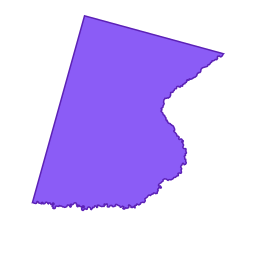 outline of Anelo, Neuquén, Argentina, rotated 285°
{"feature_id": "61730980B32081384015227", "entity_name": "Anelo", "entity_type": "district", "adm_level": 2, "iso_a3": "ARG", "parent_name": "Argentina", "parent_adm1": "Neuquén", "projection": "natural_earth1", "projection_center": [-69.333, -38.186], "detail": "fine", "context": "isolated", "style": "filled", "palette": "violet", "viewbox_px": 256, "rotation_deg": 285, "n_neighbors": 0, "source": "geoboundaries", "source_scale": "gbopen_adm2", "svg_char_len": 5763}
<svg xmlns="http://www.w3.org/2000/svg" viewBox="0 0 256 256"><g transform="rotate(285 128 128)"><path d="M225.1,57.0L31.2,55.0L31.4,55.6L31.1,56.7L31.2,58.5L31.7,59.1L33.4,59.2L33.6,59.6L33.5,60.2L32.7,60.8L32.4,61.6L32.6,62.3L32.4,63.6L32.4,64.3L32.7,64.6L33.4,64.1L33.7,64.0L34.0,64.4L33.8,65.2L32.9,65.9L33.0,66.5L33.5,67.2L34.1,67.5L34.7,67.6L35.2,68.2L35.2,69.0L34.4,70.0L34.1,70.7L34.4,70.9L35.0,70.8L35.3,71.1L35.4,71.5L35.2,72.0L35.3,72.4L34.7,73.0L34.2,73.3L34.1,73.6L34.7,74.6L36.0,74.8L36.2,75.5L35.6,76.2L35.1,76.2L34.5,75.9L34.1,75.3L32.8,74.9L32.5,75.1L32.2,76.2L31.9,76.4L31.1,76.3L30.9,77.1L31.1,77.8L31.5,78.3L32.3,78.5L33.1,78.2L33.8,78.6L34.1,79.2L34.2,80.9L34.4,81.6L35.3,81.7L35.3,82.7L35.1,83.2L35.4,84.1L34.9,85.4L35.2,86.2L34.9,87.0L35.2,87.9L36.2,89.2L37.7,89.4L38.0,89.7L38.1,90.1L38.0,90.8L37.7,91.5L36.7,92.6L36.7,92.9L37.3,93.4L37.8,93.4L38.4,92.9L38.7,92.2L39.2,92.1L39.7,92.7L39.3,93.7L39.5,94.2L40.3,94.9L41.6,95.5L42.0,96.0L42.1,96.4L42.0,97.3L41.1,97.8L41.1,98.4L40.9,98.6L40.2,98.7L39.5,98.6L38.9,99.5L39.0,99.9L39.3,100.2L40.4,100.2L40.7,100.4L40.7,100.8L40.5,101.1L39.8,101.7L39.8,103.6L40.0,103.9L41.1,104.6L41.2,104.9L41.2,105.6L40.6,106.2L40.0,106.1L39.7,105.8L39.7,105.3L39.2,104.4L38.5,104.0L37.4,104.3L36.7,105.1L36.7,105.5L36.8,106.0L38.7,107.1L38.8,107.8L38.7,109.1L38.9,109.5L40.7,109.7L41.4,110.1L41.6,111.0L41.2,112.2L40.9,112.5L39.9,113.0L39.7,113.6L41.1,114.4L41.7,114.6L42.2,114.5L42.4,115.6L42.7,115.8L44.2,116.1L44.3,116.8L44.1,117.5L43.7,118.1L43.2,118.3L43.2,118.6L44.0,119.1L45.5,118.6L45.9,119.9L45.4,121.0L45.3,123.1L45.8,123.9L46.1,125.2L46.9,125.3L47.9,124.7L48.4,124.8L48.6,125.3L48.0,126.1L49.3,127.2L49.2,127.5L48.5,128.0L46.7,128.4L46.5,129.1L46.9,130.2L47.4,130.5L48.5,130.8L48.7,131.3L49.0,132.4L48.8,132.8L48.4,132.9L48.1,133.7L48.4,134.7L49.3,135.5L49.3,135.9L49.5,136.2L50.0,136.1L50.5,135.8L50.9,135.9L51.2,136.3L51.2,137.5L50.7,138.3L50.6,139.3L50.7,139.8L50.3,140.5L49.5,141.1L49.6,141.6L50.1,142.2L51.0,142.8L50.9,143.4L50.9,144.2L50.6,144.4L50.0,144.4L49.1,143.8L48.8,144.1L48.6,144.8L48.7,145.3L49.1,145.8L50.3,146.3L50.2,147.7L51.2,149.2L52.2,149.3L53.4,148.5L53.8,148.6L53.9,148.8L53.9,149.6L53.3,150.9L52.8,151.4L52.3,151.3L52.1,151.5L52.3,152.8L53.4,153.4L53.0,154.2L52.7,155.3L53.5,155.4L54.5,154.7L54.8,154.7L55.0,154.9L55.6,156.1L56.4,156.1L56.9,156.3L56.8,157.1L56.5,158.0L56.7,158.7L57.3,159.0L57.7,159.6L59.0,159.7L60.1,161.4L60.2,162.0L60.1,162.7L60.7,163.1L61.4,163.4L62.2,163.5L64.0,162.6L66.1,164.4L68.2,165.1L68.8,165.9L68.6,167.1L70.2,168.1L70.6,169.1L71.1,169.4L71.6,169.4L71.8,169.6L72.1,170.8L71.8,171.4L71.8,171.7L72.4,173.0L73.0,173.1L73.7,172.8L75.3,173.3L76.4,172.5L76.8,172.6L77.4,173.3L77.9,173.2L78.8,173.3L78.9,173.5L79.0,173.8L78.4,174.9L78.5,175.2L78.8,175.6L79.1,175.6L79.6,175.2L80.4,174.1L80.0,173.1L80.3,172.9L80.4,172.4L80.7,172.3L81.3,172.2L82.7,173.1L83.6,174.1L84.6,174.5L85.6,175.5L86.1,175.6L87.0,175.2L87.3,175.4L87.7,175.9L88.3,176.3L88.5,177.7L88.5,178.5L88.3,179.0L87.9,179.5L87.8,179.9L87.8,180.3L88.4,180.6L88.7,181.0L89.0,181.8L89.0,182.7L89.1,183.0L90.6,184.6L92.0,185.1L92.6,186.5L94.2,187.6L95.0,188.9L95.9,188.8L96.7,188.1L97.2,188.2L97.8,189.1L97.9,190.6L98.4,191.1L99.2,191.1L101.2,190.1L101.7,190.1L102.1,190.4L102.5,190.4L103.1,190.0L103.8,189.0L104.6,188.9L106.0,189.6L106.9,189.7L108.0,190.0L108.2,190.3L108.1,190.7L107.1,191.8L107.9,192.9L109.1,193.3L109.9,193.1L110.7,192.3L112.0,192.1L112.7,191.8L112.7,190.9L112.9,190.7L114.0,190.5L115.2,189.7L115.7,189.8L115.9,190.3L116.4,190.6L118.0,190.0L118.5,190.7L119.1,190.9L120.1,190.2L121.3,189.7L122.7,189.5L123.0,188.9L122.7,188.1L122.7,187.0L123.2,186.2L123.8,185.9L125.6,186.1L126.1,186.0L126.9,185.1L128.0,184.8L128.1,184.0L128.4,183.6L128.8,183.6L129.1,184.6L129.6,184.8L130.0,184.6L130.2,183.6L130.8,183.2L131.2,182.5L131.0,181.7L130.2,180.5L130.5,179.9L130.9,179.7L132.4,179.8L133.1,178.5L133.0,177.3L134.0,176.9L134.7,176.3L135.7,174.9L136.1,174.2L136.1,173.9L136.7,173.1L137.1,173.0L137.8,173.6L138.4,173.4L138.9,173.4L140.9,171.9L141.8,170.9L141.9,170.4L142.0,169.5L142.4,169.2L142.6,168.1L143.1,167.7L143.2,166.9L143.1,166.1L143.5,165.3L144.0,165.0L144.1,164.7L144.6,164.5L144.7,164.0L145.5,163.8L145.7,163.5L145.5,163.0L145.7,162.6L146.8,162.1L147.4,162.2L148.9,160.3L149.2,160.0L149.5,160.1L149.9,159.2L150.0,158.6L151.6,157.6L152.6,155.7L153.3,155.6L153.8,156.0L154.7,155.9L155.1,155.1L155.6,155.0L155.9,155.2L156.3,155.9L157.3,156.4L158.5,156.1L160.0,156.6L161.2,156.5L162.0,155.7L164.6,155.4L165.4,155.9L166.2,156.0L166.2,156.4L166.6,157.0L166.7,157.7L167.4,158.4L167.4,159.3L167.8,159.4L168.6,160.3L170.4,160.7L170.9,160.3L171.6,160.5L173.2,160.0L173.6,160.4L173.8,161.3L174.2,162.1L175.5,162.2L176.2,162.9L177.5,162.9L178.1,163.4L178.5,164.5L179.0,164.6L180.1,164.3L180.8,164.7L181.0,165.1L181.1,165.9L181.3,166.1L181.3,166.5L180.9,166.8L181.0,167.8L181.5,168.1L182.0,168.0L182.4,168.2L182.4,169.5L182.6,169.8L183.5,169.7L183.8,169.5L184.2,169.7L184.6,170.4L185.5,170.8L185.6,171.5L186.5,171.6L187.2,172.5L187.9,172.5L188.8,172.9L189.1,172.4L189.9,172.7L190.1,173.3L189.8,174.2L190.0,174.5L190.4,174.6L191.0,174.4L191.3,174.6L191.4,174.9L191.1,175.4L191.9,177.0L192.9,177.7L193.3,178.3L193.7,178.4L194.4,179.6L196.1,180.8L196.6,180.9L197.2,180.7L197.6,180.9L198.8,181.0L198.9,181.4L199.9,182.1L200.1,183.0L200.9,183.5L202.0,183.6L203.1,183.3L203.7,183.4L205.4,184.3L208.0,188.6L208.7,188.9L209.9,189.0L210.1,189.3L210.2,190.1L210.4,190.2L211.7,190.8L212.6,190.9L213.2,191.7L214.7,191.9L214.8,192.1L214.7,192.6L215.5,193.7L216.7,194.5L217.0,195.2L216.8,195.5L217.1,196.1L218.4,196.5L219.4,196.0L220.4,196.0L220.7,196.9L221.2,197.4L220.7,198.6L220.7,199.3L222.1,200.4L224.1,200.8L224.4,201.0L225.1,57.0Z" fill="#8b5cf6" stroke="#5b21b6" stroke-width="1.5"/></g></svg>